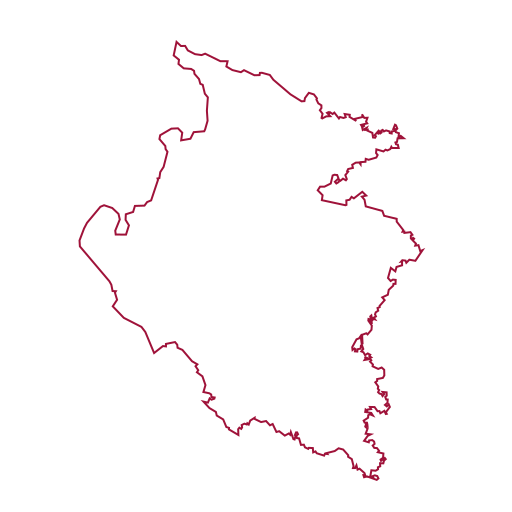 Nablus, West Bank, Palestine (Natural Earth projection), rotated 194°
{"feature_id": "87354302B42764778113026", "entity_name": "Nablus", "entity_type": "district", "adm_level": 2, "iso_a3": "PSE", "parent_name": "Palestine", "parent_adm1": "West Bank", "projection": "natural_earth1", "projection_center": [35.262, 32.179], "detail": "fine", "context": "isolated", "style": "outline", "palette": "rose", "viewbox_px": 512, "rotation_deg": 194, "n_neighbors": 0, "source": "geoboundaries", "source_scale": "gbopen_adm2", "svg_char_len": 6015}
<svg xmlns="http://www.w3.org/2000/svg" viewBox="0 0 512 512"><g transform="rotate(194 256 256)"><path d="M418.9,266.1L428.0,247.3L429.5,241.1L431.0,228.4L429.2,222.7L392.1,196.0L389.4,193.1L386.7,187.3L383.5,187.9L384.0,186.3L380.2,179.9L382.8,172.5L369.3,164.0L350.0,159.5L345.0,155.5L331.4,137.2L324.5,146.1L321.5,146.5L322.1,148.9L313.8,152.9L311.0,150.9L309.9,148.0L304.7,147.1L292.6,138.4L286.7,136.7L288.0,134.4L284.4,131.2L285.2,128.9L278.9,126.3L273.8,118.5L274.1,111.3L268.1,111.5L266.0,110.8L265.1,108.4L261.9,108.7L261.9,107.5L264.4,105.8L266.5,106.6L267.2,102.1L271.7,102.0L264.4,97.2L257.2,95.0L255.5,91.7L248.3,89.5L243.4,82.9L240.6,82.7L240.3,81.2L229.8,78.1L231.4,83.6L230.6,85.4L228.5,84.7L228.0,86.3L229.0,88.5L226.7,90.5L224.2,90.3L224.0,91.6L222.3,90.7L221.8,94.9L218.2,98.7L218.0,97.6L210.9,96.1L206.3,98.3L201.5,95.1L199.2,97.0L193.6,90.2L191.1,91.6L184.6,88.7L181.3,91.7L179.6,90.8L179.6,93.6L175.4,87.4L174.2,87.3L174.1,91.8L174.9,91.8L174.5,94.5L173.4,94.8L172.1,93.2L173.4,91.2L172.2,89.2L170.1,89.5L166.7,83.6L163.9,84.5L162.2,82.2L158.7,81.5L158.4,82.6L154.4,83.4L153.0,79.3L151.0,80.8L149.4,79.3L141.6,78.8L141.3,80.8L139.0,81.1L139.9,81.8L132.4,85.8L129.3,89.4L124.6,89.3L118.3,85.0L118.1,83.5L113.9,82.1L110.5,75.7L110.6,73.7L108.5,74.2L107.9,77.2L105.8,73.3L104.1,74.7L98.2,71.6L97.2,70.0L98.8,69.4L97.6,67.5L95.0,69.0L84.7,68.0L83.4,69.8L85.1,71.8L87.7,71.9L89.7,70.5L88.8,69.6L92.7,69.0L91.8,69.8L92.2,76.0L88.0,76.6L86.0,78.6L86.6,80.5L84.6,82.0L85.5,84.9L82.3,85.6L82.3,88.4L81.0,90.3L82.2,91.2L85.1,87.5L85.9,88.6L83.9,90.9L84.6,95.2L90.3,95.1L89.5,96.8L92.2,98.9L94.8,98.4L96.9,100.3L95.5,102.4L96.5,104.5L98.6,105.5L101.6,104.4L101.5,102.5L106.4,102.8L104.1,108.5L101.5,110.7L106.6,110.1L106.0,115.4L108.7,116.9L108.6,119.0L106.7,118.1L107.2,119.5L108.0,121.1L110.3,120.6L111.7,122.3L108.1,126.2L108.6,128.6L107.2,130.0L104.0,129.5L106.2,131.6L112.3,131.1L112.5,133.6L110.6,132.9L110.4,134.1L107.3,135.3L108.9,137.1L104.4,138.1L100.5,134.8L98.7,135.4L97.3,133.5L94.0,136.8L91.8,134.1L91.0,134.5L92.2,135.8L89.6,141.9L91.3,144.1L92.7,141.7L94.8,142.7L92.9,145.4L93.5,148.6L95.0,148.3L96.5,150.5L95.4,152.1L96.3,155.3L100.3,154.7L98.2,153.0L99.3,150.7L100.9,152.4L102.9,152.4L104.6,153.4L104.1,155.7L105.7,156.7L105.8,159.0L109.7,162.3L108.2,164.1L108.7,165.9L103.4,168.4L102.6,171.2L104.1,176.6L107.1,178.2L110.1,176.0L116.2,177.2L116.3,179.0L119.8,181.1L118.9,182.7L120.2,183.7L125.5,181.4L124.8,183.5L126.1,184.4L122.2,183.7L119.7,185.5L121.9,186.4L121.3,187.8L124.0,188.5L126.2,186.2L128.5,188.6L130.7,188.9L129.4,191.7L131.5,194.9L132.5,194.4L132.1,191.4L134.9,190.1L134.6,187.8L136.9,187.4L137.0,189.6L138.2,190.1L139.6,188.2L140.6,190.8L138.3,199.5L136.1,201.0L135.1,203.6L132.3,196.7L131.5,197.0L134.0,205.2L130.3,207.7L128.8,206.9L126.1,212.4L126.8,216.5L131.4,220.5L131.6,222.1L129.9,222.0L127.0,218.2L130.5,225.0L129.7,226.2L127.6,221.7L126.8,223.4L125.2,223.3L126.8,224.7L125.0,226.4L126.4,228.2L126.2,230.3L124.2,232.5L125.5,234.9L123.6,236.3L124.0,237.5L120.5,244.3L123.5,246.4L118.7,250.3L119.0,255.3L115.7,260.4L115.9,262.2L113.9,262.7L114.7,266.6L117.5,266.2L119.3,264.3L122.6,266.6L122.3,277.1L117.1,274.8L117.0,279.4L112.0,282.3L113.0,286.1L113.8,285.7L113.0,287.3L109.8,287.7L108.5,285.8L106.3,289.5L100.2,289.9L95.8,302.0L97.8,300.5L101.0,305.8L104.0,304.6L103.8,306.7L107.6,309.0L106.8,311.1L108.0,311.6L108.6,309.7L110.0,310.5L110.7,313.3L109.4,314.4L111.9,316.5L117.6,314.3L118.0,315.6L119.7,315.0L119.4,316.8L127.8,323.4L128.5,326.1L141.4,326.0L144.3,330.3L161.5,330.7L164.3,336.8L167.6,339.2L163.7,341.3L168.4,344.0L175.0,335.6L177.6,336.5L178.8,333.2L181.8,331.8L180.6,327.5L181.4,326.9L205.6,326.1L206.1,331.1L212.0,334.7L210.6,338.8L206.4,339.8L201.0,344.4L201.1,352.7L199.6,353.8L196.8,354.2L194.7,351.2L197.4,347.1L195.6,345.8L193.7,347.7L193.4,349.9L192.3,349.4L190.3,352.1L187.1,351.2L186.5,352.6L188.9,356.1L187.0,360.1L188.1,360.4L187.6,362.7L183.3,364.9L184.7,367.8L181.8,370.7L178.5,371.7L176.7,370.2L177.2,372.4L172.6,373.9L173.0,376.8L170.0,376.6L163.1,380.6L162.4,383.4L164.4,384.9L165.0,388.6L157.6,388.3L156.0,390.5L154.1,390.2L151.6,392.2L151.1,394.7L150.1,393.7L143.7,395.3L145.3,398.3L147.2,398.3L148.2,399.9L146.8,400.8L147.1,404.4L141.2,406.0L144.7,407.6L146.5,405.8L147.0,409.7L150.3,410.0L151.1,411.4L149.7,413.8L151.8,416.7L152.9,417.0L153.5,412.5L151.9,412.8L151.8,410.9L154.4,409.7L154.0,407.7L156.0,407.6L156.6,409.2L160.2,409.3L162.0,407.8L163.6,409.0L164.7,408.0L164.0,406.3L165.1,405.0L165.9,405.9L167.5,403.5L165.9,406.5L167.3,407.3L170.1,401.9L168.6,401.2L169.0,399.6L171.1,399.3L172.9,403.6L178.2,404.6L178.2,405.6L180.1,404.9L179.6,407.2L182.9,404.1L184.1,406.4L182.0,409.0L184.6,407.4L185.8,408.6L180.2,411.6L181.7,413.0L181.3,417.1L184.3,416.2L187.4,419.1L186.1,416.7L193.8,412.7L191.4,411.3L198.9,413.6L199.2,415.7L204.3,415.2L202.5,412.4L204.5,411.1L208.1,411.2L208.8,409.5L214.7,414.1L216.0,412.3L219.0,413.4L219.4,412.0L220.6,413.0L221.7,412.1L217.8,409.6L221.6,408.5L225.0,405.5L225.8,405.8L225.8,410.1L229.3,412.9L228.3,415.4L229.0,418.0L232.5,419.2L235.2,422.4L235.0,423.7L238.9,426.8L244.2,427.1L246.7,421.1L246.5,418.0L249.2,417.1L261.7,421.2L281.8,431.2L286.4,435.0L294.6,435.2L296.5,434.6L296.3,432.4L301.3,431.0L312.6,433.4L315.1,430.7L323.9,430.7L330.6,432.7L330.7,438.1L337.7,436.4L354.3,440.0L357.4,437.8L364.0,437.1L371.9,439.0L375.6,442.7L379.6,441.6L384.9,444.5L384.4,430.7L378.2,427.8L377.7,423.6L371.5,420.6L364.2,421.8L360.9,420.7L359.8,417.9L354.1,413.9L351.7,409.6L349.1,409.2L344.9,401.1L341.1,398.3L338.8,385.1L335.7,375.5L336.0,366.5L336.4,364.5L346.4,361.1L348.0,353.9L356.6,350.1L357.4,357.8L362.6,361.0L368.9,359.1L378.2,350.0L378.0,346.1L370.6,340.8L369.6,337.9L367.1,335.7L367.2,320.1L369.2,314.2L368.6,308.2L370.3,307.4L369.5,306.2L371.2,284.6L374.7,282.0L376.4,277.9L385.6,275.3L385.9,269.0L392.4,265.0L391.3,259.5L386.7,255.0L387.3,245.3L397.3,242.9L398.7,246.5L397.0,258.5L399.6,263.6L407.1,267.8L415.7,268.5L418.9,266.1Z" fill="none" stroke="#9f1239" stroke-width="2"/></g></svg>